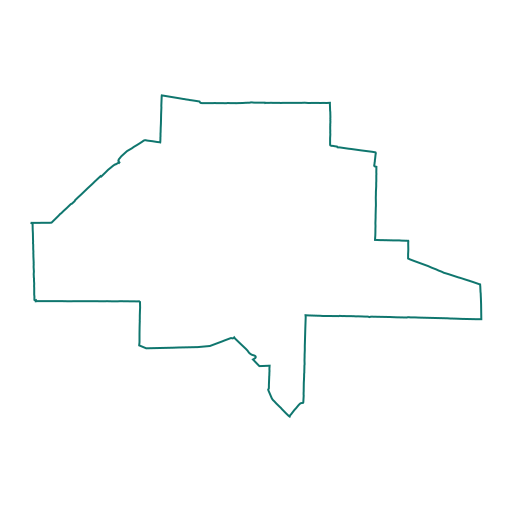 Obarsia De Camp, Mehedinti, Romania (Albers equal-area conic projection)
{"feature_id": "2599482B85119873558149", "entity_name": "Obarsia De Camp", "entity_type": "district", "adm_level": 2, "iso_a3": "ROU", "parent_name": "Romania", "parent_adm1": "Mehedinti", "projection": "albers", "projection_center": [22.992, 44.171], "detail": "fine", "context": "isolated", "style": "outline", "palette": "teal", "viewbox_px": 512, "rotation_deg": 0, "n_neighbors": 0, "source": "geoboundaries", "source_scale": "gbopen_adm2", "svg_char_len": 6009}
<svg xmlns="http://www.w3.org/2000/svg" viewBox="0 0 512 512"><path d="M481.3,319.2L481.1,304.4L480.9,298.3L480.8,296.3L480.7,293.4L480.5,291.8L480.3,286.8L480.1,284.4L479.3,284.2L472.4,281.8L459.6,277.7L458.7,277.5L448.7,274.2L445.7,273.3L443.9,272.8L441.9,271.8L440.4,271.2L438.7,270.6L436.2,269.4L431.7,267.7L428.2,266.1L414.2,261.0L410.0,259.4L408.1,258.5L408.1,257.3L408.1,255.9L408.1,253.9L408.2,252.4L408.3,249.7L408.2,243.1L408.3,241.3L408.2,240.8L401.3,240.6L399.3,240.4L393.5,240.4L385.8,240.2L379.8,240.1L375.0,239.9L375.0,239.6L375.3,235.6L375.4,231.9L375.4,229.3L375.5,226.1L375.4,223.1L375.6,217.8L375.6,215.4L375.8,207.6L375.9,205.9L375.9,203.9L375.8,198.0L375.8,197.4L375.9,194.5L375.9,192.0L376.2,186.3L376.2,182.8L376.3,181.1L376.3,180.1L376.3,178.9L376.3,176.9L376.3,175.3L376.4,174.1L376.3,172.4L376.4,166.8L374.6,166.3L374.4,166.1L374.2,165.5L374.3,164.9L374.5,163.8L374.6,162.6L374.8,161.7L374.9,160.2L375.0,159.3L375.1,158.8L375.4,156.0L375.5,155.0L375.8,153.2L375.7,152.9L375.6,152.6L375.5,152.4L375.1,152.3L372.3,151.8L361.2,150.4L351.3,149.0L348.5,148.7L339.7,147.4L339.2,147.4L338.2,147.4L337.5,147.3L337.3,146.8L337.1,146.6L336.7,146.5L335.8,146.4L334.5,146.2L333.0,145.9L331.8,145.9L331.1,145.7L330.6,145.5L330.3,145.3L330.2,145.0L330.1,144.5L330.1,143.5L330.1,142.3L330.1,138.0L330.3,134.8L330.3,134.2L330.2,131.9L330.3,131.2L330.2,129.2L330.2,126.4L330.3,125.7L330.2,125.1L330.4,121.8L330.3,120.5L330.4,119.5L330.3,118.2L330.4,117.3L330.3,113.1L330.3,112.1L330.1,110.5L330.0,107.0L329.9,104.4L329.9,102.8L326.6,103.0L323.2,102.9L320.7,103.0L316.0,102.9L308.3,103.0L304.4,102.7L303.2,102.8L299.7,102.9L294.2,102.9L283.2,102.9L282.3,102.9L280.6,103.0L279.9,102.9L272.8,102.9L271.9,102.8L265.4,102.9L265.1,103.0L264.9,102.7L258.1,102.7L256.1,102.7L253.4,102.6L252.0,102.4L251.6,102.4L250.8,102.4L249.8,102.7L249.4,102.7L245.5,102.8L242.7,103.0L238.3,103.1L237.3,103.1L236.5,103.2L235.8,103.2L235.7,103.1L233.2,103.1L232.4,103.1L232.1,103.1L231.2,103.1L229.7,103.1L227.8,103.0L226.4,103.2L225.4,103.2L220.5,103.1L218.2,103.1L215.7,103.1L215.2,103.0L213.5,103.1L206.6,103.1L205.1,103.1L201.8,103.1L200.6,102.9L200.3,102.7L199.9,102.2L199.5,101.5L195.8,100.9L190.5,100.1L190.0,100.1L188.8,99.8L185.8,99.4L184.5,99.1L183.4,99.0L180.0,98.4L163.7,95.7L161.8,95.4L161.7,96.0L161.3,106.0L161.4,107.4L161.2,112.1L161.1,114.5L161.0,120.2L160.9,123.9L160.7,128.1L160.6,132.3L160.5,133.3L160.5,136.5L160.4,137.3L160.4,139.0L160.3,141.7L160.2,142.4L159.8,142.3L158.9,142.1L158.1,142.1L157.2,142.0L152.4,141.2L148.2,140.7L146.8,140.5L145.7,140.2L144.5,140.3L143.7,140.6L142.2,141.7L139.6,143.4L136.7,145.2L133.8,146.9L131.9,148.3L127.2,151.0L126.7,151.4L121.2,156.4L120.5,157.3L118.7,159.5L118.7,160.0L118.6,160.3L118.6,160.6L118.4,160.7L118.4,161.0L118.8,161.7L119.4,162.4L119.0,162.9L118.5,162.5L118.1,163.0L116.3,164.0L115.7,164.4L115.3,164.3L113.7,165.3L112.9,165.9L111.8,166.8L108.1,169.8L107.3,170.6L105.1,172.8L101.8,176.0L101.1,176.6L100.6,176.1L98.9,177.7L94.8,181.5L92.7,183.6L87.5,188.4L81.3,194.4L78.1,197.3L75.1,200.2L74.9,200.8L74.3,201.5L71.9,203.7L71.0,204.0L70.4,204.5L66.7,208.1L63.5,211.0L61.6,212.9L60.8,213.6L60.2,213.9L59.8,214.4L58.3,216.0L53.3,220.9L51.7,222.5L51.2,222.7L49.3,222.8L44.5,222.8L32.5,222.9L30.7,222.8L31.3,223.1L32.2,223.4L32.6,223.9L32.7,229.7L32.9,233.3L33.0,239.3L33.1,241.6L33.0,243.3L33.2,244.6L33.2,248.8L33.4,251.8L33.3,253.2L33.4,254.5L33.4,256.6L33.7,262.7L33.6,263.1L33.7,264.2L33.6,267.0L33.9,271.5L33.7,274.1L33.8,276.1L33.8,276.7L33.8,277.4L34.0,278.1L34.0,280.9L34.2,283.5L34.1,286.2L34.2,287.8L34.2,294.8L34.4,296.2L34.4,299.9L34.7,300.2L35.0,300.3L35.5,300.3L35.8,300.2L35.8,301.3L36.1,301.3L36.3,301.2L36.8,301.1L61.7,301.1L64.1,301.2L70.8,301.3L73.2,301.2L76.0,301.2L77.5,301.2L89.2,301.2L92.1,301.2L95.5,301.2L103.9,301.3L106.9,301.2L111.1,301.3L115.3,301.3L116.2,301.3L118.3,301.3L119.9,301.2L128.8,301.3L131.9,301.3L137.1,301.4L139.0,301.3L139.1,301.5L139.7,301.8L140.0,302.0L140.0,302.4L140.1,307.9L140.0,309.7L139.8,315.5L139.8,319.2L139.7,320.2L139.8,321.1L139.7,323.2L139.6,326.9L139.5,334.2L139.5,342.1L139.4,343.2L139.2,345.1L139.2,345.4L140.2,345.8L146.2,348.3L146.5,348.3L173.3,347.7L178.4,347.5L197.7,347.1L209.9,346.0L222.2,341.4L224.4,340.5L230.8,338.1L231.0,338.1L231.4,338.1L232.8,338.4L233.8,337.9L234.2,337.4L235.0,338.5L240.4,343.7L245.9,348.9L247.5,350.6L248.5,352.0L248.9,352.6L250.0,353.6L251.3,354.5L252.2,354.9L254.0,355.4L254.9,355.8L255.5,356.3L255.7,356.8L255.7,357.3L255.3,358.0L253.7,359.1L253.0,359.5L257.6,364.3L259.4,366.1L262.7,366.0L269.6,365.7L269.4,368.9L269.5,371.2L269.4,372.3L269.3,375.8L269.2,376.4L269.2,377.2L268.9,384.9L268.9,387.0L268.8,388.6L268.2,389.5L268.4,390.4L269.9,393.9L271.7,398.1L272.2,399.0L273.1,400.2L274.2,401.2L276.3,403.5L280.0,407.1L280.7,407.7L281.9,409.1L285.9,413.2L288.8,416.0L289.4,416.4L289.7,416.6L289.8,416.4L289.8,415.9L289.8,415.7L290.3,415.1L291.0,414.4L294.3,410.1L295.4,408.9L295.9,408.4L298.1,405.7L298.6,405.1L300.0,403.7L300.3,403.5L300.7,403.3L301.2,403.1L302.8,402.9L303.1,402.8L303.3,402.3L303.7,395.5L303.6,394.8L303.6,392.7L303.7,391.3L303.7,389.5L303.8,382.7L304.0,379.5L304.0,378.6L304.1,376.6L304.1,374.7L304.2,373.1L304.3,372.7L304.3,371.9L304.3,371.1L304.4,367.6L304.4,365.8L304.6,364.2L304.5,360.1L304.6,356.7L304.6,354.8L304.8,350.2L304.8,345.6L304.9,342.9L305.3,328.7L305.7,317.2L305.6,315.9L305.5,315.4L305.5,315.2L307.8,315.4L317.0,315.7L320.9,315.8L321.4,315.9L323.0,316.0L327.9,316.0L328.8,316.0L338.4,316.1L338.9,316.1L339.4,315.9L339.9,315.9L343.0,316.1L343.8,316.0L345.7,316.1L348.4,316.1L353.7,316.2L356.2,316.4L357.1,316.3L357.7,316.3L360.2,316.4L360.8,316.4L365.2,316.6L366.0,316.6L367.6,316.6L368.2,316.7L369.4,317.1L370.8,316.7L373.0,316.7L388.7,317.0L390.0,317.0L391.7,317.1L396.5,317.3L406.3,317.5L406.9,317.5L407.3,317.3L408.7,317.2L409.1,317.2L409.5,317.3L410.6,317.4L414.9,317.4L419.1,317.6L447.5,318.3L450.1,318.5L454.4,318.6L457.2,318.7L461.8,318.9L476.3,319.2L481.3,319.2Z" fill="none" stroke="#0f766e" stroke-width="2"/></svg>